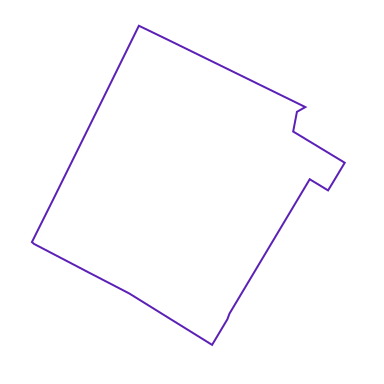 the district of Montgomery, Ohio, United States of America, rotated 27°
{"feature_id": "52423323B48095289602104", "entity_name": "Montgomery", "entity_type": "district", "adm_level": 2, "iso_a3": "USA", "parent_name": "United States of America", "parent_adm1": "Ohio", "projection": "orthographic", "projection_center": [-84.235, 39.75], "detail": "fine", "context": "isolated", "style": "outline", "palette": "violet", "viewbox_px": 384, "rotation_deg": 27, "n_neighbors": 0, "source": "geoboundaries", "source_scale": "gbopen_adm2", "svg_char_len": 394}
<svg xmlns="http://www.w3.org/2000/svg" viewBox="0 0 384 384"><g transform="rotate(27 192 192)"><path d="M313.3,118.3L314.8,96.6L254.7,92.2L249.1,72.9L254.4,64.9L102.8,67.3L69.2,68.0L70.1,133.0L71.7,260.7L72.1,309.3L74.9,310.0L136.8,310.6L182.1,310.9L279.3,319.1L281.3,289.3L280.6,283.4L288.9,160.1L291.1,127.2L312.5,128.8L313.3,118.3Z" fill="none" stroke="#5b21b6" stroke-width="2"/></g></svg>